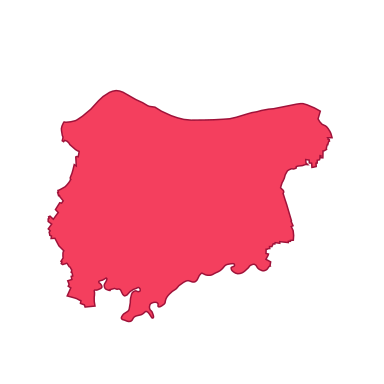 Dong Anh, Ha Noi, Vietnam, rotated 168°
{"feature_id": "81297802B58266448529829", "entity_name": "Dong Anh", "entity_type": "district", "adm_level": 2, "iso_a3": "VNM", "parent_name": "Vietnam", "parent_adm1": "Ha Noi", "projection": "mercator", "projection_center": [105.849, 21.137], "detail": "fine", "context": "isolated", "style": "filled", "palette": "rose", "viewbox_px": 384, "rotation_deg": 168, "n_neighbors": 0, "source": "geoboundaries", "source_scale": "gbopen_adm2", "svg_char_len": 6000}
<svg xmlns="http://www.w3.org/2000/svg" viewBox="0 0 384 384"><g transform="rotate(168 192 192)"><path d="M139.9,255.8L146.5,256.7L155.5,258.1L164.1,259.7L178.0,262.5L184.9,264.7L190.8,267.6L196.5,271.0L205.1,277.4L210.6,282.7L215.8,284.6L217.4,285.6L221.7,289.6L227.6,294.0L238.7,303.9L241.8,305.8L245.1,307.0L248.7,307.1L252.0,306.6L259.1,303.9L264.4,300.7L273.8,294.0L283.4,288.9L289.4,286.5L291.2,286.0L296.1,285.9L300.8,286.4L302.6,287.1L303.6,286.1L305.5,283.5L306.6,281.1L306.9,279.0L307.1,274.3L306.8,272.9L307.0,271.8L308.0,269.7L308.3,269.1L307.1,267.9L305.8,269.0L303.7,267.7L302.3,265.7L301.6,263.7L297.1,257.7L295.3,256.0L294.2,255.4L294.0,254.9L296.0,250.1L296.8,250.5L297.6,250.7L298.1,250.6L298.4,250.4L299.8,241.5L301.5,243.3L303.8,238.5L305.6,235.1L308.1,231.4L308.3,229.7L308.0,229.4L310.3,227.0L312.8,225.0L315.0,223.5L319.1,222.2L321.7,221.5L322.8,221.4L322.8,219.5L323.5,219.5L323.3,216.1L322.4,216.2L322.2,214.8L319.8,210.1L321.9,208.2L323.6,209.0L326.9,205.6L329.2,203.2L327.1,199.7L328.9,198.2L333.3,194.2L335.9,197.9L337.4,197.6L337.3,196.1L338.3,195.6L338.8,193.0L335.9,189.8L340.3,185.8L338.8,183.5L340.1,182.4L340.0,180.8L340.1,179.2L338.6,178.1L339.5,175.8L335.7,175.2L333.4,167.0L329.6,161.1L330.4,160.2L330.9,159.2L331.6,156.1L331.7,154.9L331.9,154.2L334.6,151.4L333.8,150.6L334.8,149.2L334.4,148.7L333.5,147.9L332.8,148.0L332.1,148.1L331.1,148.1L329.6,148.4L329.0,148.1L327.7,144.6L327.2,144.1L326.9,143.9L326.7,143.5L326.4,142.0L325.9,141.2L325.9,140.9L326.1,140.2L326.2,139.5L326.3,139.2L326.9,138.8L326.9,138.6L326.4,138.2L326.1,137.6L326.1,135.0L326.2,134.6L327.7,134.6L327.7,131.4L332.0,131.0L331.5,128.0L331.5,127.4L331.6,126.9L332.7,125.6L332.3,125.2L330.5,123.4L335.7,116.3L328.9,112.8L327.0,111.7L324.3,109.4L323.8,109.1L323.4,109.0L323.2,108.6L324.3,106.3L324.1,106.1L320.8,104.0L320.7,103.8L320.5,101.7L310.6,100.6L310.4,105.0L310.1,106.7L309.5,109.5L308.9,111.2L308.3,113.6L308.2,115.6L308.0,116.0L307.8,116.2L307.4,116.3L305.8,115.9L304.9,115.9L301.7,116.5L300.5,117.0L299.9,117.6L299.8,118.1L299.8,118.9L300.2,120.3L300.9,121.6L301.8,122.5L301.9,123.1L301.8,123.8L301.3,124.1L300.7,124.3L297.9,124.4L295.0,125.3L294.3,125.6L293.9,125.7L293.5,125.4L293.3,124.9L293.5,124.1L294.3,122.8L296.1,120.8L296.9,119.9L297.3,118.9L297.4,117.6L297.3,116.5L296.8,115.3L296.2,114.7L294.9,113.8L293.7,113.1L293.3,112.9L292.7,112.8L292.8,113.5L287.9,113.8L285.5,112.4L284.3,112.5L283.8,112.3L283.1,112.0L282.5,111.5L282.1,110.7L281.6,108.4L281.0,106.3L280.3,105.1L279.7,104.5L279.3,104.4L278.9,104.4L277.0,104.8L273.4,107.4L269.7,108.9L266.8,109.3L264.7,109.8L264.4,109.8L264.0,109.6L263.6,109.3L263.3,108.8L262.9,108.0L263.0,106.8L263.3,106.1L263.8,105.8L264.7,105.6L265.6,105.8L266.3,106.2L267.1,106.8L268.1,107.1L269.1,106.9L270.4,106.5L271.4,105.8L272.4,104.5L274.2,100.8L274.9,98.6L275.4,96.5L277.8,90.5L278.4,89.6L279.2,88.9L280.8,88.2L284.2,86.9L285.5,85.9L286.7,84.6L287.2,83.8L287.3,83.1L287.1,82.4L286.5,81.7L284.5,80.6L282.3,79.1L281.0,78.5L279.7,78.3L278.8,78.3L278.1,78.6L277.1,79.2L276.0,80.5L274.9,81.5L273.9,82.0L272.1,82.4L267.5,82.5L266.5,82.7L264.9,83.3L262.4,84.7L261.9,84.7L261.4,84.6L260.7,84.1L260.1,83.5L259.3,82.1L257.5,77.5L257.1,77.0L256.6,76.9L256.1,77.0L255.7,77.5L255.5,78.3L255.5,79.5L255.8,81.9L256.0,83.0L256.5,84.0L257.4,85.3L257.6,86.1L257.7,87.4L257.5,88.5L256.5,90.7L255.3,91.5L254.0,91.8L252.3,92.0L250.9,91.8L250.0,91.5L249.1,90.9L248.8,90.5L248.5,89.9L248.5,89.3L248.9,87.8L249.0,87.3L248.8,86.9L248.3,86.5L247.2,86.4L245.3,86.9L242.8,88.0L241.9,88.6L241.3,89.4L240.6,91.2L239.6,93.0L238.5,94.3L237.1,95.6L235.3,96.9L231.9,98.9L228.0,100.4L227.0,101.0L224.3,103.1L219.3,105.3L217.7,105.8L215.9,106.2L215.1,106.2L213.9,106.0L212.9,105.5L210.5,104.0L209.6,103.7L208.3,103.5L207.6,103.6L206.8,103.9L205.2,105.0L202.2,108.8L201.2,109.6L199.8,110.5L199.3,110.6L198.9,110.4L196.4,108.5L195.5,107.9L193.9,107.3L191.7,106.8L190.0,106.8L188.7,107.1L187.5,107.5L185.2,108.1L183.2,108.5L181.0,109.2L179.2,110.1L177.8,111.0L175.4,112.9L174.4,113.4L172.9,113.8L171.0,113.8L168.9,113.7L167.3,113.5L166.4,113.3L165.9,113.0L165.6,112.2L165.6,111.5L165.9,111.0L166.5,110.6L168.9,110.2L169.5,109.7L169.6,108.7L169.5,107.6L169.1,106.7L168.4,105.7L167.7,104.9L166.3,103.6L164.4,102.6L163.1,102.4L161.8,102.3L159.9,102.5L158.3,103.0L156.8,103.7L152.9,106.0L152.0,106.7L151.2,107.6L149.7,108.2L148.2,108.5L147.2,108.6L146.0,108.3L144.8,107.2L144.5,106.7L144.2,105.6L143.6,104.1L142.8,102.9L141.9,102.0L139.8,100.5L138.8,100.1L137.6,100.0L136.1,100.2L134.8,100.7L133.6,101.7L132.2,103.0L131.5,103.3L130.8,103.3L130.9,103.9L129.6,107.3L133.7,110.8L130.7,114.3L130.1,115.4L132.4,116.5L131.4,120.6L130.4,120.4L129.8,120.6L129.1,120.7L127.7,120.5L127.5,122.5L125.2,122.0L123.3,124.5L121.8,123.9L121.2,125.2L116.8,123.6L116.5,125.2L108.3,122.5L108.0,123.7L106.0,123.3L105.8,124.2L102.9,123.8L101.6,128.4L101.1,133.0L101.3,134.1L102.1,137.6L100.2,138.0L101.2,142.8L100.7,143.1L102.0,160.1L102.6,165.4L103.2,171.7L102.3,172.8L102.2,173.9L102.6,174.9L104.5,177.7L103.7,179.3L101.8,182.6L101.0,183.4L98.9,186.2L97.2,189.5L94.3,192.8L93.7,193.1L92.6,193.5L90.3,194.0L89.6,194.0L88.0,193.4L87.5,193.4L85.6,193.6L85.2,193.7L85.0,194.1L84.9,194.9L84.7,195.1L83.6,195.3L82.2,195.3L79.0,194.9L78.1,194.9L77.1,195.1L74.7,195.3L73.9,194.9L73.1,194.7L74.5,196.8L74.0,200.1L70.8,198.9L71.2,196.0L69.0,195.3L69.6,191.1L68.4,191.0L65.2,191.1L64.7,194.4L63.5,194.3L62.9,197.0L60.6,197.0L60.2,197.6L59.8,198.7L59.2,201.0L58.4,200.7L58.8,198.7L56.9,198.2L55.3,204.9L54.2,204.8L51.5,205.7L51.6,206.5L50.9,208.2L50.4,209.2L49.7,210.3L49.3,210.1L48.2,212.4L47.5,213.2L47.0,213.2L47.0,213.7L46.8,214.4L46.8,214.7L47.9,215.2L47.8,216.2L47.6,216.5L47.8,216.8L43.7,216.0L44.0,220.5L44.5,222.6L45.7,225.8L46.8,227.9L47.8,229.0L50.7,231.2L52.4,234.1L53.5,237.3L49.7,244.4L54.8,248.8L61.4,253.4L65.1,255.4L67.4,255.9L71.5,256.2L94.9,256.5L99.9,257.1L107.1,257.3L111.9,257.0L116.9,257.2L122.6,256.8L133.1,255.9L139.9,255.8Z" fill="#f43f5e" stroke="#9f1239" stroke-width="1.5"/></g></svg>